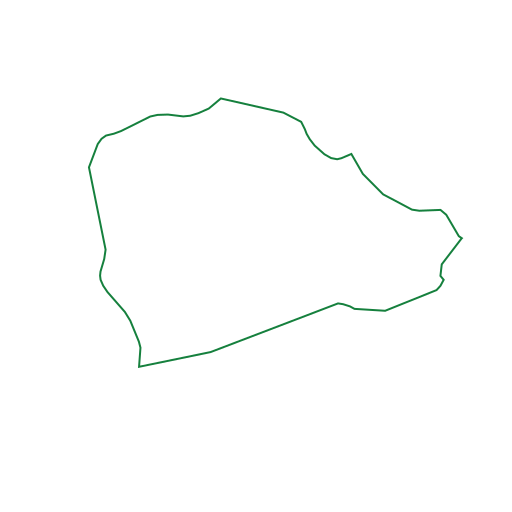 the border of Thyolo, rotated 290°
{"feature_id": "MWI-1918", "entity_name": "Thyolo", "entity_type": "District", "adm_level": 1, "iso_a3": "MWI", "parent_name": "Malawi", "parent_adm1": "", "projection": "mercator", "projection_center": [35.176, -16.13], "detail": "fine", "context": "isolated", "style": "outline", "palette": "green", "viewbox_px": 512, "rotation_deg": 290, "n_neighbors": 0, "source": "natural_earth", "source_scale": "10m", "svg_char_len": 868}
<svg xmlns="http://www.w3.org/2000/svg" viewBox="0 0 512 512"><g transform="rotate(290 256 256)"><path d="M384.5,310.7L369.7,328.3L357.4,354.4L352.9,386.7L354.4,394.0L362.4,413.6L359.8,420.7L344.0,439.8L343.1,443.3L342.9,443.2L311.7,433.4L300.4,436.1L297.8,440.5L291.0,439.5L285.7,437.3L248.7,396.1L240.0,366.6L240.8,361.5L240.5,354.3L239.5,349.3L150.2,246.2L111.9,184.0L130.3,178.8L135.4,175.3L152.2,160.0L158.6,151.9L171.3,128.8L175.8,122.6L180.5,118.1L184.2,116.2L188.2,115.2L201.2,114.4L210.5,112.5L282.2,68.7L307.1,69.0L313.4,70.8L317.9,73.9L322.3,80.6L327.2,86.4L350.9,108.9L354.9,115.2L358.8,124.9L362.3,139.9L365.3,146.2L370.5,153.0L378.4,161.2L392.0,169.1L400.1,232.7L397.5,252.6L391.8,258.6L388.1,261.8L384.1,266.6L379.8,273.4L375.0,285.5L373.7,293.1L374.7,299.2L377.1,302.8L384.3,310.5L384.5,310.7Z" fill="none" stroke="#15803d" stroke-width="2"/></g></svg>